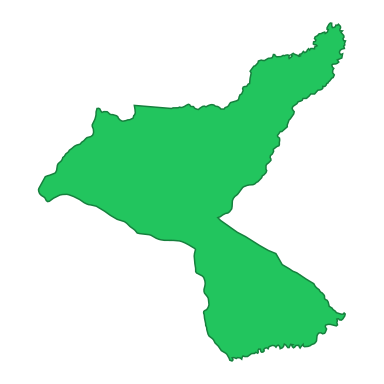 the district of Nova Santa Helena, Mato Grosso, Brazil
{"feature_id": "56859067B79529427540135", "entity_name": "Nova Santa Helena", "entity_type": "district", "adm_level": 2, "iso_a3": "BRA", "parent_name": "Brazil", "parent_adm1": "Mato Grosso", "projection": "mercator", "projection_center": [-54.856, -10.911], "detail": "fine", "context": "isolated", "style": "filled", "palette": "green", "viewbox_px": 384, "rotation_deg": 0, "n_neighbors": 0, "source": "geoboundaries", "source_scale": "gbopen_adm2", "svg_char_len": 5932}
<svg xmlns="http://www.w3.org/2000/svg" viewBox="0 0 384 384"><path d="M304.5,346.7L308.1,346.4L310.3,345.6L311.6,344.6L314.1,343.7L315.4,342.6L316.5,340.9L317.0,335.8L317.6,334.5L318.8,333.0L321.0,332.8L322.6,333.8L324.6,333.3L325.5,331.9L326.6,329.0L325.5,327.3L325.3,326.0L326.0,324.9L328.5,324.3L330.5,324.4L336.3,325.9L337.5,324.9L336.8,322.4L337.4,320.8L336.8,319.1L338.4,318.7L339.6,319.9L341.4,320.1L342.7,319.1L344.7,316.1L345.2,314.0L344.1,313.0L343.3,314.1L341.3,314.2L336.5,312.7L335.0,310.9L333.0,309.6L332.2,308.2L329.2,306.3L328.2,302.1L327.1,300.3L325.8,299.7L324.6,298.7L324.5,296.0L323.8,294.7L322.0,292.8L320.8,292.2L319.8,291.0L319.1,289.7L316.6,287.8L315.2,286.3L313.8,283.7L306.3,279.2L296.8,272.8L292.8,271.2L289.3,268.8L282.2,264.6L275.9,253.6L268.2,250.4L259.6,245.5L245.5,236.6L237.3,232.3L220.5,220.4L217.8,217.6L220.3,216.7L222.7,214.9L225.4,213.5L227.9,213.0L229.6,211.7L231.7,208.9L232.1,206.4L232.4,200.7L233.4,198.3L234.9,196.4L236.8,195.0L238.0,193.8L242.6,187.6L243.6,186.8L247.1,185.4L249.5,184.9L253.0,184.7L254.8,183.9L256.4,182.4L257.9,181.7L261.7,177.7L262.3,175.8L264.0,174.8L266.0,172.6L266.7,170.6L266.0,169.3L266.0,165.5L267.0,164.0L268.5,162.9L270.9,160.4L270.9,159.0L270.1,157.6L270.4,155.6L272.3,154.0L273.6,151.4L273.3,149.3L276.8,146.6L279.0,145.7L279.4,144.3L279.3,142.7L279.7,140.1L279.5,138.1L277.7,136.7L277.5,135.3L278.9,133.6L280.2,131.6L281.8,131.6L287.3,126.8L287.2,125.1L289.1,119.9L290.2,119.0L293.7,114.0L294.2,111.7L292.8,110.0L292.1,108.2L293.0,106.4L296.9,103.7L298.1,101.8L300.6,101.1L302.2,100.3L303.0,98.5L306.5,98.4L309.2,96.0L310.7,94.0L314.6,94.0L317.9,90.2L320.2,89.9L321.8,89.3L322.8,88.2L322.8,86.4L324.1,86.6L325.3,86.1L326.2,85.0L326.7,83.5L328.0,83.0L328.6,81.8L329.7,80.9L331.8,78.2L333.2,77.5L334.3,74.9L332.6,72.7L332.8,70.1L333.8,68.4L332.5,67.3L331.8,65.1L332.7,64.2L335.8,63.9L337.3,63.3L338.8,62.0L337.3,59.9L341.8,58.0L342.6,53.8L340.7,54.6L339.7,53.3L339.4,52.0L340.3,50.1L342.2,49.0L344.4,48.5L343.7,46.1L344.8,45.0L344.5,43.4L345.5,40.9L343.7,40.6L342.9,38.8L344.0,37.1L343.7,35.5L341.0,32.4L342.4,30.9L339.9,30.7L339.9,29.3L340.6,27.8L340.4,26.3L338.4,24.2L337.5,25.2L335.9,25.1L335.3,26.7L334.1,27.4L332.4,27.6L331.7,25.5L331.7,23.2L330.3,23.0L328.9,24.4L327.1,27.6L327.0,29.2L328.3,29.5L327.4,32.1L325.2,33.5L324.7,32.1L322.5,32.8L321.1,33.6L319.1,33.8L317.5,35.6L315.1,36.9L314.5,38.6L315.9,40.0L315.4,41.3L313.6,41.8L313.3,44.0L314.4,44.8L315.9,44.7L317.0,45.8L314.6,47.0L314.5,48.8L312.6,48.5L310.8,48.5L309.6,50.1L308.6,48.7L307.4,49.9L306.6,51.6L304.8,52.6L303.4,51.4L301.5,53.9L300.0,54.1L299.0,55.2L300.3,55.9L299.0,56.5L297.6,55.4L294.3,54.1L293.2,53.3L290.8,54.9L292.2,55.9L291.1,57.1L289.2,58.5L288.8,57.2L289.4,55.4L287.4,54.9L285.7,55.2L284.4,55.7L283.1,55.4L281.0,56.6L276.8,56.8L275.2,55.8L274.7,54.6L273.4,54.5L272.8,56.5L272.0,57.8L270.1,58.2L268.3,58.3L264.6,60.5L262.9,60.5L261.2,60.1L258.4,61.0L257.9,62.9L255.2,65.8L253.8,66.2L250.1,71.2L251.2,72.9L250.1,78.4L249.6,83.6L248.3,84.0L246.6,86.4L244.8,86.5L243.2,87.1L242.6,88.7L243.1,90.5L242.5,92.0L241.6,94.0L240.1,94.7L239.1,97.0L238.8,98.7L238.2,99.9L236.6,100.8L230.5,102.6L229.2,104.4L228.6,105.7L227.3,106.8L225.1,107.6L224.0,109.1L220.8,109.0L219.7,107.7L217.7,106.5L215.4,106.2L213.9,105.0L211.9,104.6L210.5,104.8L208.7,105.4L206.0,106.8L204.3,106.1L202.7,106.4L200.0,108.1L198.4,109.5L196.8,109.2L194.6,108.2L193.5,106.6L190.7,106.4L189.6,104.7L188.3,104.3L186.3,105.3L184.4,106.5L182.2,107.4L180.9,107.5L179.7,107.1L178.0,107.8L173.0,107.9L171.5,108.5L134.3,105.4L135.0,109.4L135.3,113.0L134.6,114.8L133.7,115.7L133.1,118.1L129.8,119.7L127.7,119.9L125.9,120.6L122.8,121.2L121.4,120.8L119.7,119.7L118.4,118.2L117.7,116.6L116.4,115.7L112.7,114.6L111.1,114.6L109.6,114.0L108.5,112.8L107.1,111.7L103.9,111.6L102.0,112.4L100.7,110.8L99.8,108.9L98.7,108.3L97.0,108.5L96.1,111.8L96.0,115.0L95.5,117.2L94.9,119.3L92.2,124.9L92.3,126.6L93.3,128.9L93.6,132.2L93.1,134.2L92.5,135.3L90.8,136.6L87.0,137.6L85.7,138.7L83.8,140.8L81.6,142.3L80.2,144.1L76.6,145.1L74.5,146.2L71.7,148.6L69.4,150.2L68.3,152.0L65.7,154.0L64.4,156.3L62.8,157.5L62.3,159.2L61.3,160.9L58.2,163.6L57.4,165.2L56.6,170.3L55.9,171.9L55.0,173.1L49.7,175.2L47.5,175.8L45.3,176.7L38.9,188.4L38.5,189.8L38.8,191.5L39.6,193.6L41.3,195.4L43.9,197.0L45.0,198.0L46.3,200.6L47.6,201.6L49.3,201.3L53.5,198.2L59.9,195.0L62.5,194.5L66.9,194.3L69.0,194.8L73.6,196.5L79.6,199.5L84.2,202.7L86.8,204.0L88.5,204.6L90.7,204.9L96.3,206.2L104.6,211.2L110.3,215.3L117.1,219.3L124.4,221.6L126.7,223.2L130.1,226.6L133.6,229.1L135.0,230.3L137.2,233.0L139.7,233.6L149.2,234.7L150.9,235.2L156.3,238.3L159.2,239.4L161.0,239.8L164.3,240.3L173.4,240.4L179.4,240.9L181.9,241.6L185.2,243.0L188.8,244.9L194.8,248.5L195.5,249.5L194.5,253.5L194.2,256.1L194.9,263.8L195.6,268.1L195.7,271.7L196.6,273.0L202.2,275.9L203.7,277.4L204.9,280.9L205.2,283.4L205.0,285.3L204.0,289.4L204.0,291.3L204.5,293.1L207.3,296.6L208.2,298.1L208.5,300.1L209.0,304.7L208.2,307.3L206.7,309.6L204.9,310.5L203.8,311.4L203.6,312.9L204.2,314.8L204.5,318.1L205.6,323.4L205.7,325.4L206.6,327.4L206.8,329.6L208.1,334.3L209.1,336.1L212.5,338.7L213.6,340.0L215.1,343.0L218.3,346.1L221.3,350.6L225.7,353.2L226.9,354.3L229.1,358.2L229.8,360.2L232.0,361.0L233.0,359.9L232.2,357.7L234.1,357.6L236.3,358.5L237.6,357.6L240.1,357.9L241.7,359.2L242.1,357.4L243.0,356.0L244.9,356.6L247.6,356.5L251.5,353.6L254.6,353.4L255.8,352.3L257.7,353.2L258.3,352.1L257.9,350.5L258.7,349.1L260.4,349.2L260.6,350.9L261.4,352.1L262.9,352.1L264.2,350.9L263.7,349.5L265.1,348.2L266.7,347.8L268.1,348.8L269.0,346.7L272.3,345.4L274.6,345.7L276.0,347.2L277.1,345.6L278.3,345.1L279.7,346.5L280.2,348.7L282.3,347.8L283.5,346.5L284.3,344.1L285.8,345.0L287.8,347.6L289.1,347.6L290.6,344.3L292.9,344.7L291.8,345.5L292.5,346.9L293.5,347.8L294.7,347.1L295.9,345.5L298.7,345.3L299.3,346.9L300.1,348.0L301.3,346.2L303.1,344.3L303.4,346.0L304.5,346.7Z" fill="#22c55e" stroke="#15803d" stroke-width="1.5"/></svg>